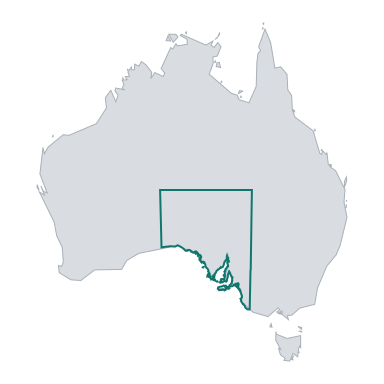 where South Australia sits in Australia
{"feature_id": "AUS-2655", "entity_name": "South Australia", "entity_type": "State", "adm_level": 1, "iso_a3": "AUS", "parent_name": "Australia", "parent_adm1": "", "projection": "equal_earth", "projection_center": [136.572, -32.035], "detail": "fine", "context": "in_parent", "style": "outline", "palette": "teal", "viewbox_px": 384, "rotation_deg": 0, "n_neighbors": 0, "source": "natural_earth", "source_scale": "10m", "svg_char_len": 9499}
<svg xmlns="http://www.w3.org/2000/svg" viewBox="0 0 384 384"><path d="M270.6,42.5L274.9,68.1L280.6,66.8L287.0,74.4L287.8,89.9L291.6,95.3L292.3,109.7L294.9,117.1L313.1,130.8L319.8,153.3L321.8,154.4L322.3,150.5L326.2,154.5L326.9,152.5L328.2,163.8L330.5,167.2L335.6,170.7L345.0,189.6L344.0,202.2L347.0,217.2L340.3,244.9L336.2,254.8L326.8,266.1L317.5,288.0L314.7,304.3L299.6,308.2L291.9,315.1L287.3,315.7L288.4,319.6L281.5,313.9L282.6,312.5L282.2,311.1L280.9,311.1L278.4,313.6L276.7,312.0L279.7,309.7L278.1,307.8L268.0,316.6L253.0,312.2L241.3,301.6L241.0,293.2L235.6,285.6L237.9,285.9L237.9,283.6L229.8,285.9L232.3,280.2L229.2,271.8L226.2,281.3L220.3,282.3L221.3,279.1L224.1,279.1L228.1,266.1L227.0,256.2L223.0,266.5L217.0,270.5L213.0,276.6L213.6,279.8L211.3,279.3L207.4,275.9L209.8,275.9L208.1,269.8L204.3,262.9L201.2,262.0L200.7,255.9L177.5,245.5L138.8,253.4L126.7,260.5L121.6,269.4L94.7,269.9L80.8,280.5L70.9,279.8L59.2,272.7L58.5,265.4L61.3,266.6L63.3,262.3L62.3,247.4L56.8,236.1L54.1,221.9L39.3,191.9L44.5,195.1L40.9,185.9L43.4,191.3L47.2,193.0L39.9,173.9L43.0,147.5L44.3,153.7L48.3,146.9L63.3,134.7L68.7,135.4L96.3,123.7L106.4,108.0L105.4,97.7L110.8,90.3L115.8,101.7L118.1,95.4L114.9,90.8L115.8,88.0L125.0,89.9L122.1,88.8L123.9,84.2L122.2,80.2L127.1,79.7L125.3,76.7L129.4,76.3L127.9,72.0L131.3,67.1L131.7,70.0L134.5,69.6L134.7,64.1L138.8,66.1L141.4,61.6L145.8,64.7L151.8,72.4L150.8,78.5L154.8,72.6L163.2,76.5L164.8,73.2L161.1,68.5L170.7,47.6L172.7,49.0L176.0,43.7L177.2,45.9L187.3,44.3L187.0,39.2L180.2,35.5L181.3,34.2L205.8,45.1L212.9,41.1L211.1,45.2L214.1,47.5L217.8,42.5L221.0,46.7L217.2,56.1L212.9,56.9L213.1,63.7L209.2,74.2L231.2,93.2L237.2,95.2L239.1,99.7L249.0,102.8L256.2,86.4L256.9,62.2L258.1,53.1L260.6,50.9L258.7,46.7L265.0,29.1L270.6,42.5ZM275.8,333.9L287.0,338.5L300.6,335.6L300.7,348.2L299.9,346.0L298.5,348.6L297.7,356.8L293.1,353.5L289.7,361.0L284.0,360.4L285.2,358.3L280.4,354.7L278.6,348.4L280.8,349.5L275.9,340.6L275.8,333.9ZM168.7,34.3L175.8,34.3L178.0,37.0L173.3,42.2L168.7,34.3ZM217.8,288.6L229.4,288.2L224.4,290.3L217.8,288.6ZM219.2,62.3L220.6,67.5L216.2,66.6L216.9,62.9L219.2,62.3ZM344.4,187.4L344.4,181.7L346.3,177.0L346.8,180.4L344.4,187.4ZM297.9,326.5L301.6,327.5L301.6,329.3L297.9,326.5ZM168.0,35.9L170.6,41.0L166.1,40.7L168.0,35.9ZM272.0,327.2L269.8,326.8L271.1,323.7L272.0,327.2ZM242.7,91.1L240.6,92.6L238.4,93.5L239.5,90.6L242.7,91.1ZM39.2,190.5L37.3,187.8L37.0,185.2L37.3,185.1L39.2,190.5ZM300.7,331.0L302.1,332.2L299.4,331.2L300.7,331.0ZM329.7,164.6L331.3,164.6L331.1,167.1L329.7,164.6ZM292.8,109.4L294.7,111.0L294.3,111.9L292.8,109.4ZM292.7,357.9L292.8,359.9L291.4,359.3L292.7,357.9ZM346.3,204.3L346.3,207.4L346.1,207.4L346.3,204.3ZM186.6,34.1L185.5,32.7L186.2,31.9L186.6,34.1ZM219.4,34.4L217.7,37.0L219.7,32.4L219.4,34.4ZM346.7,200.6L345.9,201.6L346.5,200.5L346.7,200.6ZM221.9,82.0L221.0,82.6L221.5,81.3L221.9,82.0ZM215.7,62.1L214.5,62.4L215.2,60.8L215.7,62.1ZM53.3,134.8L53.1,136.9L52.5,136.7L53.3,134.8ZM262.9,27.9L262.8,29.7L262.4,28.4L262.9,27.9ZM280.8,311.8L281.1,312.8L280.7,312.5L280.8,311.8ZM217.2,37.7L214.9,39.5L217.3,37.3L217.2,37.7ZM128.0,69.4L127.2,70.7L127.7,69.2L128.0,69.4ZM293.6,356.5L292.9,356.9L293.3,356.1L293.6,356.5ZM241.6,97.2L240.4,97.2L241.0,96.1L241.6,97.2ZM123.5,78.8L122.8,79.5L122.8,77.8L123.5,78.8ZM299.3,352.2L298.3,352.8L298.6,351.7L299.3,352.2ZM263.7,23.0L263.6,24.3L262.9,23.7L263.7,23.0ZM280.2,313.2L281.2,314.1L279.6,313.8L280.2,313.2ZM315.3,130.7L314.5,130.8L314.9,129.4L315.3,130.7ZM321.6,150.3L321.2,150.3L321.5,149.2L321.6,150.3ZM276.4,332.4L276.1,333.2L275.9,332.2L276.4,332.4Z" fill="#d9dde1" stroke="#a8b0b8" stroke-width="1"/><path d="M200.4,255.4L199.9,254.9L199.5,255.1L199.3,255.0L198.9,255.5L198.5,255.4L198.2,255.8L197.9,255.9L197.8,255.7L197.9,254.8L198.1,254.4L198.3,254.7L198.5,254.3L197.6,252.9L197.2,253.1L197.1,252.6L196.6,252.4L196.6,252.1L196.4,251.9L196.5,251.7L196.3,251.5L195.8,251.5L195.6,252.2L195.1,251.9L195.0,251.6L194.6,251.8L194.6,252.0L195.0,252.2L195.1,252.5L194.7,252.4L194.5,252.6L193.7,252.4L193.5,252.6L192.9,252.3L192.6,252.4L191.7,251.4L191.3,251.6L191.2,251.2L189.8,250.0L187.8,249.9L187.5,250.0L187.4,250.3L187.6,250.7L187.5,250.8L186.9,250.6L186.4,250.8L185.7,250.8L185.2,250.4L184.5,249.6L182.3,247.8L180.4,246.6L177.8,245.3L177.4,245.3L176.4,246.0L174.9,246.6L170.2,246.2L169.6,246.4L168.6,246.4L167.1,246.7L165.5,246.7L164.9,246.9L163.0,247.1L162.6,247.3L161.5,247.4L160.1,190.0L251.9,190.0L250.7,270.4L250.5,270.0L249.7,309.4L247.7,309.4L247.1,309.2L246.1,308.2L245.7,308.0L245.4,307.7L245.2,307.0L244.6,305.6L243.6,304.7L243.8,304.6L243.7,304.2L243.1,303.9L243.0,304.0L242.8,303.9L241.4,301.8L241.0,301.0L241.3,300.7L241.0,299.8L240.9,299.3L240.5,298.8L241.6,298.1L241.8,297.8L242.0,297.0L241.9,295.6L241.0,293.2L239.9,290.4L239.5,290.0L239.1,289.2L237.2,287.2L235.2,285.5L235.5,285.4L235.8,285.6L239.0,288.9L239.9,290.1L240.6,291.8L240.6,291.4L240.1,289.8L239.2,288.6L238.8,288.4L237.1,286.6L236.1,285.8L236.1,285.5L236.3,285.5L236.4,285.1L236.8,284.8L237.5,285.2L237.4,285.9L237.7,286.1L237.4,286.5L237.5,286.6L238.0,286.7L238.3,286.6L238.4,285.7L237.4,284.9L237.9,284.6L238.4,284.7L238.6,284.4L238.4,284.1L238.5,283.6L238.4,283.5L238.1,283.8L238.0,283.4L237.8,283.2L237.1,283.0L237.3,283.1L237.2,283.3L236.6,283.7L236.0,283.7L235.5,284.0L235.5,284.4L236.0,284.8L236.0,285.0L235.2,284.8L234.9,284.5L234.3,284.6L234.5,284.9L235.1,284.9L235.4,285.1L235.6,285.1L235.8,285.2L235.7,285.2L234.8,285.4L234.4,285.2L233.9,285.2L233.2,285.4L232.9,285.9L232.4,286.2L231.7,286.3L230.5,286.2L230.0,286.5L229.6,286.3L229.3,286.0L229.5,285.2L230.4,284.7L231.1,283.7L231.7,283.3L231.8,282.5L232.0,282.1L231.9,281.7L231.9,281.0L232.3,280.3L232.1,278.7L232.2,277.9L232.2,277.7L232.5,277.8L232.6,278.0L232.6,277.8L232.5,277.4L231.8,276.9L231.7,276.4L231.2,275.9L231.0,275.3L230.7,275.1L230.2,273.3L230.1,273.0L229.7,272.7L229.7,272.3L229.1,271.4L228.6,272.6L228.8,273.2L228.0,274.2L227.7,275.3L227.7,275.9L227.9,276.3L227.6,276.9L227.6,277.7L227.2,278.6L226.9,279.7L226.9,280.3L226.7,280.5L226.7,281.2L226.1,281.7L225.3,281.2L224.3,281.1L223.6,281.6L222.9,281.6L222.4,282.3L221.5,282.1L220.5,282.8L220.3,282.8L220.0,282.4L220.1,281.9L220.7,281.4L220.9,280.9L220.7,280.2L221.0,279.9L221.0,279.6L221.3,279.0L222.2,279.2L223.1,279.0L224.1,279.5L224.5,279.1L224.5,278.0L225.0,276.2L224.7,275.3L224.7,274.7L224.2,274.8L224.8,273.7L224.8,272.5L224.5,271.7L224.9,271.6L225.2,271.0L225.3,270.7L225.1,270.3L225.8,269.4L225.6,269.0L226.5,268.1L226.9,267.2L227.1,267.2L227.7,266.2L227.9,266.1L227.9,266.5L228.1,266.4L228.1,265.5L227.6,264.3L227.6,263.9L227.3,263.2L227.2,262.9L227.5,262.2L228.3,261.8L228.9,261.7L228.9,261.2L228.7,260.6L228.3,260.4L227.9,258.3L227.9,258.1L228.2,257.9L227.8,257.5L227.5,257.4L227.5,256.9L227.2,256.4L227.3,256.1L227.1,256.0L227.0,255.6L226.8,256.2L226.8,257.3L227.1,257.7L227.2,258.8L227.0,259.5L226.8,259.5L227.0,260.2L226.6,260.3L226.2,259.9L225.9,260.0L225.6,260.3L225.6,260.7L225.0,261.4L224.6,261.7L224.4,262.5L224.1,263.2L223.9,264.4L223.5,265.3L222.9,266.8L222.3,267.3L221.3,267.5L220.8,267.1L220.3,267.8L220.9,267.8L220.3,268.2L219.8,268.3L219.1,268.9L218.3,269.2L218.1,269.4L218.1,269.7L216.5,270.9L216.4,271.4L215.5,273.2L214.8,273.6L214.7,273.9L214.8,274.1L214.6,274.3L214.7,274.9L214.6,275.4L214.3,274.9L213.4,275.4L213.2,275.9L213.4,276.4L213.3,276.6L213.0,276.3L212.9,276.7L212.8,277.1L213.0,277.5L212.6,277.7L212.4,278.0L212.5,278.2L212.9,278.2L213.4,277.7L213.7,277.8L213.8,277.4L214.0,277.4L213.9,278.2L213.6,278.7L213.9,279.7L213.6,280.0L213.4,279.9L213.3,279.5L212.8,279.2L212.5,278.7L212.2,278.5L211.9,278.6L211.7,278.9L211.5,279.1L211.6,279.4L211.1,279.5L210.9,278.8L209.9,277.3L209.1,276.9L208.8,276.9L209.0,276.4L208.6,276.0L208.2,275.7L207.4,276.1L207.6,275.1L208.0,274.4L208.0,275.0L208.9,275.3L208.7,275.7L209.0,275.9L209.0,276.1L209.2,276.3L209.5,276.5L210.2,276.2L209.7,276.0L209.7,275.5L209.5,275.8L209.3,275.7L209.2,275.2L209.4,275.1L209.4,274.8L209.1,274.2L209.0,272.9L208.7,271.9L208.4,271.9L208.2,271.5L208.5,271.3L208.4,270.3L207.8,269.1L207.5,268.9L206.5,267.7L205.2,266.6L205.3,266.5L205.3,266.3L205.4,265.7L205.4,265.1L205.0,263.8L204.0,262.7L204.4,262.6L204.2,262.1L203.3,261.8L203.2,262.1L203.7,262.2L203.9,262.6L203.6,262.8L203.4,262.3L202.5,261.9L201.8,262.1L201.6,261.9L201.5,262.4L201.1,262.0L200.7,260.8L200.2,260.8L200.1,260.6L200.5,260.4L200.4,259.8L200.2,259.8L199.5,259.7L199.4,259.5L199.9,259.0L199.9,258.7L199.5,257.7L200.6,257.7L200.4,258.1L200.4,258.3L200.5,258.4L201.2,257.2L201.0,256.3L200.4,255.4ZM229.4,287.8L229.4,288.3L229.1,288.4L228.8,288.8L228.5,288.8L228.0,288.4L227.2,288.3L225.8,288.8L225.6,289.1L225.7,289.5L225.6,289.9L224.5,290.4L223.9,289.7L222.8,289.4L222.5,289.6L222.4,289.9L222.2,290.0L221.3,289.8L220.6,290.1L220.2,289.9L219.1,290.2L218.7,289.4L218.2,289.2L217.8,288.8L218.1,287.7L218.1,287.4L218.9,287.2L219.7,286.8L221.7,286.5L223.2,285.9L223.6,285.6L224.4,285.9L224.6,285.7L225.7,285.6L225.8,285.8L225.5,285.9L225.4,286.2L225.9,286.3L225.4,287.0L225.6,287.1L226.2,287.3L226.9,287.1L227.0,287.7L227.1,287.8L227.5,287.6L227.8,287.0L228.0,287.0L228.9,287.3L229.1,287.8L229.4,287.8ZM214.8,279.4L215.3,280.3L215.3,280.7L215.0,280.6L214.9,279.9L214.5,279.4L214.8,279.4ZM195.7,253.7L195.5,253.4L195.8,253.0L196.5,252.8L196.1,253.0L196.0,253.5L195.7,253.7ZM203.0,267.2L203.1,267.6L202.8,267.7L202.6,268.1L202.6,267.4L203.0,267.2ZM223.9,274.8L223.9,275.0L223.8,275.4L223.7,275.2L223.9,274.8ZM217.1,281.4L217.3,281.3L217.5,281.6L217.1,281.6L217.1,281.4Z" fill="none" stroke="#0f766e" stroke-width="2"/></svg>